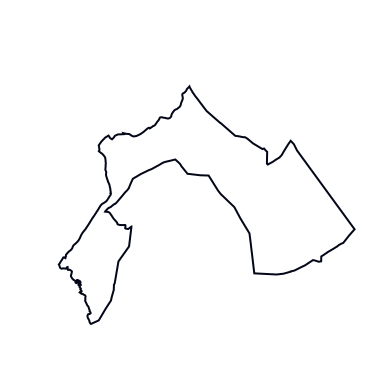 Marquelia, Guerrero, Mexico, rotated 75°
{"feature_id": "50627088B62824552173050", "entity_name": "Marquelia", "entity_type": "district", "adm_level": 2, "iso_a3": "MEX", "parent_name": "Mexico", "parent_adm1": "Guerrero", "projection": "mercator", "projection_center": [-98.747, 16.624], "detail": "fine", "context": "isolated", "style": "outline", "palette": "ink", "viewbox_px": 384, "rotation_deg": 75, "n_neighbors": 0, "source": "geoboundaries", "source_scale": "gbopen_adm2", "svg_char_len": 6046}
<svg xmlns="http://www.w3.org/2000/svg" viewBox="0 0 384 384"><g transform="rotate(75 192 192)"><path d="M274.6,51.4L270.1,44.6L179.1,79.8L172.3,81.2L168.1,83.4L170.8,86.7L177.0,93.3L179.3,95.5L179.7,96.0L180.8,97.8L181.3,98.4L182.6,103.0L183.7,105.9L184.3,108.5L184.6,109.7L184.8,110.8L185.1,111.6L184.5,112.1L184.0,112.3L172.7,109.0L170.7,110.2L169.2,110.9L168.6,111.2L168.8,112.6L168.8,112.8L160.8,120.5L154.8,124.7L152.9,126.5L151.9,129.3L150.7,131.5L148.9,135.7L132.5,146.7L132.4,147.0L117.6,156.9L112.8,158.9L103.3,162.7L99.6,164.3L98.6,164.6L95.7,165.7L94.8,165.8L93.7,166.2L92.8,166.4L92.7,166.5L89.7,167.2L89.4,167.2L91.3,170.3L92.7,171.4L93.3,172.4L93.9,173.2L94.2,174.0L94.4,175.2L94.8,175.8L95.2,176.1L95.8,176.3L98.7,176.5L99.9,177.0L100.6,177.4L101.4,178.1L103.3,179.5L104.3,180.0L105.3,180.6L106.1,181.3L106.5,181.8L106.8,182.3L107.0,183.0L107.3,183.7L107.7,184.3L107.9,184.8L108.2,187.0L108.6,187.9L109.5,189.2L110.3,190.1L111.2,191.1L111.9,191.6L112.6,192.1L113.5,192.5L113.9,192.8L114.3,193.4L114.6,193.9L114.8,194.6L114.9,195.9L114.6,196.8L114.2,197.4L113.8,198.3L113.4,198.8L113.1,199.8L112.0,201.8L111.8,202.5L111.8,203.3L111.9,203.8L112.4,204.3L113.4,205.0L114.4,206.2L115.2,207.4L116.9,209.4L117.5,209.9L117.9,210.8L118.3,211.9L118.3,212.8L118.9,214.0L119.6,216.2L119.2,216.3L118.8,216.8L119.1,218.5L121.4,223.2L122.7,226.7L123.5,231.0L123.3,233.9L122.2,235.5L119.8,237.6L118.8,240.4L117.4,243.0L118.5,242.7L118.2,244.3L117.2,248.7L117.8,251.9L119.2,253.5L120.4,255.6L118.8,257.1L115.9,258.0L117.0,261.8L119.8,266.4L122.8,270.0L127.1,270.4L128.1,271.0L128.4,271.4L128.9,271.1L129.5,270.8L129.9,270.4L131.0,269.6L131.4,269.2L131.9,268.8L132.8,268.3L134.8,267.4L135.7,267.1L136.7,267.0L138.4,267.2L139.2,267.3L140.2,267.6L142.0,267.8L144.0,268.6L144.9,268.8L145.8,269.1L146.8,269.5L147.6,269.8L148.6,269.9L150.4,269.7L151.0,269.8L153.0,270.6L153.9,270.7L157.5,270.6L158.5,270.5L159.2,270.4L159.9,270.4L160.3,270.5L160.7,270.4L161.5,270.2L162.1,270.1L163.9,269.9L165.5,270.0L166.5,270.1L167.7,270.0L168.1,270.1L168.9,270.4L169.4,270.4L169.8,270.4L170.1,270.3L170.9,270.6L171.4,270.8L172.2,271.0L172.4,271.2L172.6,271.2L172.8,271.1L172.8,270.9L173.4,271.2L173.9,271.5L174.3,272.0L174.6,272.5L175.6,273.5L178.2,276.4L178.7,277.1L179.0,277.8L179.5,279.0L179.8,280.2L180.2,281.6L180.5,282.4L180.9,283.0L181.3,283.6L181.8,284.3L182.3,284.6L182.6,285.1L183.1,285.6L183.6,286.1L185.8,288.4L186.2,289.0L187.3,290.0L188.0,290.9L190.3,293.4L190.4,293.7L191.3,294.6L191.9,295.4L193.6,297.1L193.8,297.4L194.8,298.4L195.3,298.9L195.7,299.4L197.5,301.3L197.8,301.7L198.2,302.2L198.9,302.9L199.4,303.5L200.0,304.1L201.0,305.5L202.8,307.9L203.3,308.5L204.2,309.4L204.9,310.2L205.2,310.4L206.0,311.1L207.0,311.8L208.5,313.2L209.6,314.4L209.9,314.9L210.3,315.3L210.5,315.8L210.6,316.1L211.0,316.5L211.2,316.9L211.5,317.5L212.7,320.0L213.5,320.9L214.1,321.4L214.7,321.8L215.5,322.4L216.4,323.6L216.9,324.5L217.7,326.5L218.7,328.0L219.0,328.6L219.4,329.0L219.8,329.8L220.2,330.0L220.8,330.3L221.2,330.4L221.5,330.4L221.6,330.5L221.8,330.7L223.1,331.4L222.6,332.0L222.2,332.0L222.0,332.4L221.9,332.8L221.9,333.1L222.0,333.4L223.3,334.6L225.6,337.2L226.7,338.3L227.6,339.4L228.2,339.2L230.9,339.0L231.3,338.9L231.8,338.4L232.3,337.9L232.4,337.6L232.4,337.1L232.3,336.7L232.6,335.6L233.2,334.3L233.3,333.8L233.3,333.2L233.1,333.0L232.6,332.7L232.3,332.1L232.3,331.9L232.3,331.6L233.0,331.7L234.4,332.2L235.1,332.0L235.3,331.7L235.2,330.8L235.3,330.6L235.6,330.1L236.4,329.4L237.1,328.8L237.3,328.7L237.8,328.6L238.1,328.7L238.6,329.0L240.4,329.9L241.3,330.6L242.4,330.7L244.8,330.0L245.6,329.4L246.1,329.3L246.7,328.5L248.6,327.5L249.1,327.8L249.4,327.9L250.0,327.5L250.1,327.2L250.0,326.5L249.2,326.0L248.7,325.4L248.0,326.1L248.0,326.4L247.6,326.4L247.3,326.0L247.3,325.4L247.8,324.7L249.5,323.1L250.1,323.1L250.1,324.1L250.7,324.6L251.4,324.4L251.4,324.2L251.3,323.7L252.6,323.4L253.0,323.5L253.0,323.9L253.3,324.6L253.2,324.7L252.7,324.8L251.7,325.4L252.2,325.7L252.7,325.7L253.0,325.5L253.7,325.0L254.2,324.8L254.3,324.8L254.6,325.1L254.8,325.2L255.9,324.6L256.6,324.4L256.7,324.5L256.7,324.9L257.2,325.1L257.8,324.9L258.8,324.3L259.1,324.3L259.5,324.4L259.8,324.8L259.9,325.0L259.6,326.0L259.9,326.5L261.7,325.1L261.8,324.9L262.0,324.4L262.2,324.0L263.4,322.9L263.8,322.3L264.7,321.9L264.9,321.8L265.2,321.8L267.2,322.7L268.1,322.7L269.4,323.4L271.4,323.0L274.4,322.5L275.6,321.9L276.2,321.7L278.4,321.7L279.6,321.4L280.4,321.8L280.8,321.8L281.9,321.2L282.2,321.2L282.7,321.3L283.0,321.4L283.2,322.1L283.3,322.7L283.2,323.5L283.3,324.0L283.7,324.5L284.4,324.9L285.2,325.2L286.5,325.2L289.5,324.5L290.2,324.5L291.2,324.6L291.7,324.5L292.6,324.2L293.3,323.7L291.9,315.3L282.4,305.6L275.8,298.3L273.0,296.9L266.3,292.9L261.4,291.4L260.2,290.3L240.0,281.0L228.3,266.9L210.2,259.6L209.8,259.5L209.9,259.9L210.1,260.3L210.6,261.6L211.2,263.2L211.1,263.5L210.2,265.5L209.9,265.8L209.6,265.9L208.5,265.4L207.1,264.9L206.9,265.0L206.6,265.1L206.4,265.5L206.3,266.4L205.4,269.6L205.0,270.6L204.8,271.0L204.0,272.1L203.6,272.3L202.5,272.3L202.1,272.3L197.5,274.6L196.2,275.1L194.7,275.5L192.8,276.2L191.3,276.7L190.4,277.2L190.0,277.6L189.5,278.3L188.9,280.0L188.5,281.0L188.0,280.5L186.0,277.2L185.3,273.9L185.1,273.7L184.0,271.3L183.4,269.4L183.5,269.3L183.1,268.3L182.0,266.6L177.0,259.4L175.3,257.1L173.4,253.9L172.4,252.6L171.9,251.9L171.6,251.9L170.3,250.8L169.0,249.9L166.9,248.2L163.9,245.7L161.4,236.7L159.7,227.9L159.5,225.5L157.5,217.1L156.2,212.6L156.0,210.1L156.3,199.7L161.2,196.6L162.6,196.0L164.6,195.5L165.6,195.0L172.6,191.9L173.2,191.7L177.9,179.9L180.4,171.7L197.6,166.4L200.0,165.4L201.7,164.6L217.6,155.0L230.0,152.1L246.9,147.2L258.5,148.8L261.1,149.2L262.4,149.4L266.1,149.9L286.7,152.9L293.6,131.6L294.6,124.8L294.5,117.1L294.3,117.1L294.3,115.3L294.4,113.5L294.3,112.9L292.8,105.7L292.1,101.8L289.1,92.8L289.9,91.1L291.4,88.8L292.2,87.6L292.4,85.2L287.7,83.8L286.6,80.3L286.3,79.7L285.6,77.3L285.4,77.2L283.7,71.0L282.1,65.7L281.3,64.0L280.7,61.7L280.3,59.0L274.6,51.4Z" fill="none" stroke="#020617" stroke-width="2"/></g></svg>